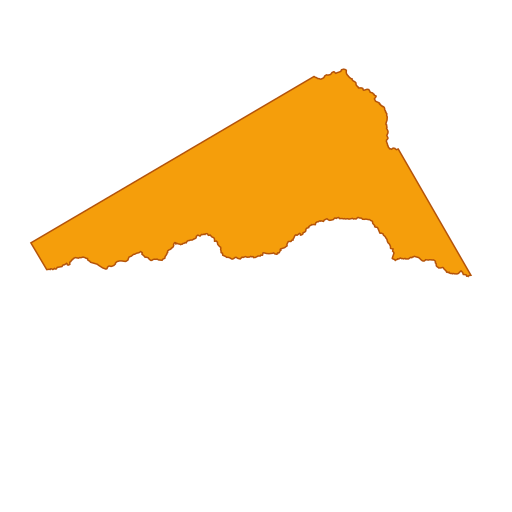 the district of Pehuenches, Neuquén, Argentina, rotated 149°
{"feature_id": "61730980B17144703425543", "entity_name": "Pehuenches", "entity_type": "district", "adm_level": 2, "iso_a3": "ARG", "parent_name": "Argentina", "parent_adm1": "Neuquén", "projection": "robinson", "projection_center": [-69.405, -37.182], "detail": "fine", "context": "isolated", "style": "filled", "palette": "amber", "viewbox_px": 512, "rotation_deg": 149, "n_neighbors": 0, "source": "geoboundaries", "source_scale": "gbopen_adm2", "svg_char_len": 6050}
<svg xmlns="http://www.w3.org/2000/svg" viewBox="0 0 512 512"><g transform="rotate(149 256 256)"><path d="M442.4,352.1L440.0,351.1L439.4,350.4L438.5,350.8L438.1,350.6L437.1,349.0L435.2,349.2L435.0,348.4L433.9,347.8L432.2,348.6L427.8,346.9L426.2,347.6L425.6,347.6L424.7,347.1L422.1,347.3L421.9,346.6L422.2,345.9L422.2,345.5L421.4,344.8L419.9,344.7L418.9,346.6L417.6,346.6L416.3,347.4L415.3,347.3L415.0,347.7L413.8,347.6L413.3,347.9L411.7,347.7L409.3,345.6L408.0,345.5L406.9,344.7L404.8,344.2L403.2,342.4L402.9,341.6L401.7,340.6L402.2,339.5L402.1,338.7L401.3,337.4L401.0,335.8L396.3,330.7L395.8,329.3L393.5,324.7L391.4,322.1L390.3,321.9L388.9,322.9L387.7,323.2L386.5,322.7L385.9,321.9L385.2,321.5L382.7,321.1L380.6,321.6L380.0,322.4L378.6,322.7L377.7,322.7L375.3,322.0L373.7,321.0L370.8,318.6L370.0,318.4L367.9,318.5L366.4,319.8L365.3,320.5L362.9,320.1L360.1,320.5L359.1,320.0L357.0,319.9L354.6,319.1L352.6,319.2L351.8,317.5L351.9,317.1L352.8,316.5L352.8,316.1L352.1,314.3L351.7,312.0L350.9,311.7L349.3,310.0L349.2,308.4L348.5,306.5L347.6,305.9L346.0,306.0L344.8,305.6L343.3,304.6L342.4,304.3L341.5,302.8L338.7,300.7L337.2,301.3L335.4,301.0L334.2,302.3L331.7,303.4L330.9,304.3L330.0,304.4L329.5,305.4L328.7,306.0L327.9,305.9L327.4,306.1L326.0,305.8L325.4,306.0L324.9,305.9L324.3,306.3L323.4,306.2L322.3,306.5L321.2,307.3L320.7,308.4L319.3,309.2L318.6,309.3L318.0,308.7L318.5,307.7L318.0,307.5L317.2,307.5L316.6,306.6L315.1,305.3L314.8,304.6L313.6,304.4L313.1,304.1L312.1,304.4L311.2,303.9L309.8,304.0L309.3,303.3L309.0,303.2L307.8,304.0L306.2,304.2L305.6,303.7L304.2,303.5L302.3,302.5L300.2,302.6L299.9,302.3L298.0,302.4L297.0,303.6L295.3,303.9L294.7,303.4L294.0,302.2L293.6,301.9L291.7,302.5L291.3,302.4L290.6,301.7L289.2,301.5L288.7,300.7L287.9,301.0L286.6,300.5L286.2,299.9L286.2,298.3L285.7,297.9L284.5,297.6L284.0,295.1L283.3,294.2L282.7,293.0L282.7,292.6L283.2,291.3L283.9,290.0L282.3,289.2L282.4,288.8L281.9,287.8L282.7,286.2L282.8,285.4L282.3,282.7L281.8,281.9L282.1,280.8L282.9,280.0L283.3,278.5L284.1,277.0L284.1,276.7L283.3,275.7L284.1,273.8L282.2,271.1L281.9,270.0L280.5,269.2L279.3,267.8L278.4,266.0L278.0,265.6L276.7,265.3L274.7,265.5L273.7,265.1L272.8,263.3L271.1,261.6L268.5,262.2L267.8,261.4L265.4,261.0L264.2,259.5L262.0,258.4L260.7,258.4L260.1,257.5L259.1,257.2L258.8,256.9L258.9,255.9L257.3,255.1L254.2,254.9L252.3,253.8L251.5,254.3L250.2,253.4L249.9,253.4L248.5,255.0L247.7,254.8L245.8,252.8L243.7,251.3L240.5,249.8L239.2,249.5L238.9,248.3L237.5,246.9L236.4,246.7L235.9,247.0L236.0,247.4L235.5,247.5L234.8,247.0L234.3,246.9L233.0,247.9L231.6,248.2L231.8,249.2L231.3,249.4L227.1,248.4L225.0,248.7L224.4,248.6L223.8,249.2L223.6,250.0L221.2,251.6L220.4,251.6L218.7,250.5L218.3,250.5L217.3,251.1L216.0,250.6L215.5,251.4L214.5,251.8L212.1,253.5L210.8,253.6L210.4,252.8L209.9,252.6L207.1,253.0L206.7,252.6L206.7,252.0L207.1,251.0L206.9,250.8L205.3,250.6L204.4,250.8L203.6,251.7L201.9,251.4L200.3,251.9L199.9,252.9L198.4,253.7L196.1,253.2L195.8,253.9L194.0,254.2L193.0,254.0L192.1,254.3L191.5,253.7L190.0,253.2L189.3,252.4L189.0,252.3L187.8,253.6L185.9,253.8L185.2,253.3L183.3,253.3L182.8,253.0L182.7,252.6L182.0,252.5L180.3,250.9L179.0,251.7L176.0,251.4L175.3,249.6L174.5,248.6L172.6,247.9L170.9,247.4L169.2,248.0L168.4,247.6L167.9,246.9L167.4,247.0L165.6,246.6L165.3,246.4L165.1,245.0L162.9,243.8L161.9,242.8L160.9,242.5L160.5,241.8L158.1,240.7L157.3,239.7L154.3,238.7L153.8,238.4L153.4,237.5L152.2,237.1L151.2,236.2L149.0,236.6L148.6,236.5L147.7,235.3L146.1,234.1L145.7,232.6L144.0,231.5L142.7,231.0L140.8,229.2L140.1,228.9L139.7,228.3L139.4,227.3L138.7,226.6L138.4,225.4L139.0,224.3L139.1,223.6L138.6,220.8L139.2,220.0L138.5,219.0L137.4,218.2L137.2,217.3L138.0,211.9L137.9,211.6L136.8,211.1L135.7,209.5L136.0,208.2L135.3,206.2L135.4,204.7L135.2,202.8L135.8,201.1L136.0,199.3L135.5,197.5L135.7,195.2L136.7,193.4L136.6,193.0L134.9,191.4L136.4,189.8L136.1,188.6L136.2,187.5L140.4,183.9L140.4,183.4L139.0,181.5L138.9,180.5L137.5,180.6L136.3,180.2L135.9,180.6L134.9,179.9L133.5,180.0L133.2,179.9L132.5,178.7L131.6,178.3L131.0,177.5L129.5,177.2L129.3,176.5L126.8,175.0L124.3,175.2L123.3,174.3L122.5,174.6L121.8,174.2L120.5,174.2L117.4,170.9L116.9,169.5L116.6,168.1L115.9,166.3L115.4,165.7L114.5,165.1L113.2,165.2L112.6,165.5L110.1,163.6L109.3,163.5L107.4,162.2L107.2,161.9L105.8,161.2L105.0,159.4L105.0,158.9L105.8,157.8L105.5,156.8L106.5,154.7L106.2,153.3L105.7,152.4L105.6,151.7L103.9,150.7L101.8,150.0L101.5,149.5L101.5,148.0L100.8,145.5L100.9,144.0L100.4,143.9L100.0,143.1L98.9,142.6L99.2,142.1L97.9,140.5L97.0,140.2L96.8,139.6L95.6,139.2L94.9,138.4L92.9,137.1L91.4,136.8L88.2,137.7L87.8,137.5L87.4,135.4L87.8,133.4L85.8,131.9L85.5,131.3L85.8,130.6L85.8,130.2L84.7,129.6L84.6,129.3L84.3,129.5L83.2,129.4L81.7,128.8L79.0,274.5L80.8,274.8L81.4,275.8L81.5,276.7L82.9,277.9L84.9,277.7L85.4,278.5L86.3,279.1L86.2,279.7L86.5,281.3L86.1,282.2L86.2,283.2L85.8,283.9L85.2,287.1L84.3,288.2L83.0,288.5L82.1,289.1L81.8,292.0L79.4,293.6L79.3,294.1L78.6,294.9L78.3,298.3L77.4,298.9L77.0,300.4L76.5,300.9L76.8,301.7L76.6,301.8L76.4,302.6L75.8,303.2L73.7,305.0L71.9,307.6L71.6,309.2L70.6,310.6L70.8,312.1L70.5,312.4L70.7,312.8L70.3,313.8L70.4,315.0L69.7,316.4L69.6,317.5L69.9,318.5L70.6,318.9L70.6,319.7L71.0,319.9L71.1,320.9L71.5,321.2L71.4,322.2L71.8,322.5L71.5,323.0L71.7,323.3L71.5,323.5L71.6,323.9L73.8,327.1L73.6,329.7L71.0,330.8L70.7,331.4L71.8,332.9L71.5,333.7L71.8,333.9L72.1,335.7L73.8,337.6L73.6,338.3L73.6,340.6L74.9,341.7L78.2,342.5L78.6,343.4L78.2,344.1L78.2,344.8L79.2,345.9L81.5,347.2L81.6,347.5L81.3,347.9L81.8,349.2L82.0,350.7L82.0,351.3L81.2,352.9L81.3,353.7L81.7,354.8L82.4,355.7L82.8,357.3L82.7,357.9L82.4,358.3L83.1,359.0L83.9,360.9L84.6,365.0L84.2,366.7L82.9,368.7L83.5,369.9L84.6,371.0L86.8,371.6L88.0,370.7L89.4,370.7L92.3,371.4L93.3,371.4L93.6,371.5L94.1,373.5L94.5,373.9L96.3,374.1L98.6,373.2L101.2,374.0L102.3,375.0L104.5,374.9L105.8,374.0L106.6,373.9L109.1,374.1L109.8,374.5L110.5,375.5L111.8,376.4L112.2,377.7L113.0,378.4L113.8,380.0L442.2,383.2L442.4,352.1Z" fill="#f59e0b" stroke="#b45309" stroke-width="1.5"/></g></svg>